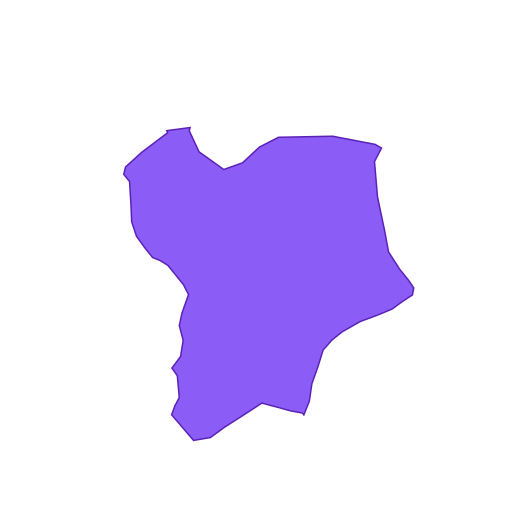 SVG path tracing the border of Bogdanci, rotated 231°
{"feature_id": "MKD-2996", "entity_name": "Bogdanci", "entity_type": "Statistical Region", "adm_level": 1, "iso_a3": "MKD", "parent_name": "North Macedonia", "parent_adm1": "", "projection": "orthographic", "projection_center": [22.578, 41.189], "detail": "fine", "context": "isolated", "style": "filled", "palette": "violet", "viewbox_px": 512, "rotation_deg": 231, "n_neighbors": 0, "source": "natural_earth", "source_scale": "10m", "svg_char_len": 948}
<svg xmlns="http://www.w3.org/2000/svg" viewBox="0 0 512 512"><g transform="rotate(231 256 256)"><path d="M397.3,285.6L395.2,282.9L372.8,277.3L343.5,285.4L336.9,304.2L338.5,327.2L334.1,348.2L300.9,390.9L267.8,418.8L260.9,421.5L260.6,420.8L254.8,407.5L225.4,387.6L194.2,371.6L175.8,361.6L155.1,359.3L141.1,359.3L131.9,358.5L127.3,353.1L128.5,341.6L129.1,328.6L133.1,314.8L139.5,295.7L142.9,275.0L142.9,262.0L140.7,249.0L131.0,234.5L121.6,219.1L109.6,206.1L102.4,193.2L104.8,193.2L113.4,185.8L125.2,177.3L138.0,168.0L139.4,154.0L142.8,123.2L143.6,106.3L152.0,91.4L185.7,90.5L190.7,98.9L194.3,107.3L212.5,119.5L221.8,120.1L225.4,134.2L236.4,146.4L250.2,152.6L258.2,162.5L268.5,179.3L279.5,181.6L294.5,181.6L304.3,181.6L312.9,178.6L319.8,174.7L331.4,174.7L346.4,175.5L360.8,180.9L375.1,191.5L393.5,204.6L402.7,204.6L407.3,210.7L408.5,232.1L407.9,251.3L407.4,265.0L409.6,265.5L397.3,285.6Z" fill="#8b5cf6" stroke="#5b21b6" stroke-width="1.5"/></g></svg>